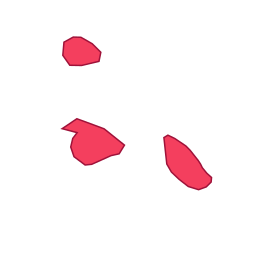 Kumlinge, Albers equal-area conic projection, rotated 121°
{"feature_id": "ALD-4822", "entity_name": "Kumlinge", "entity_type": "state/province", "adm_level": 1, "iso_a3": "ALA", "parent_name": "Aland", "parent_adm1": "", "projection": "albers", "projection_center": [20.759, 60.281], "detail": "fine", "context": "isolated", "style": "filled", "palette": "rose", "viewbox_px": 256, "rotation_deg": 121, "n_neighbors": 0, "source": "natural_earth", "source_scale": "10m", "svg_char_len": 649}
<svg xmlns="http://www.w3.org/2000/svg" viewBox="0 0 256 256"><g transform="rotate(121 128 128)"><path d="M162.5,184.1L146.4,176.6L141.0,148.1L144.5,122.2L154.7,122.3L160.4,128.3L177.8,140.4L181.8,145.7L180.4,159.5L173.8,167.3L165.4,170.0L158.2,169.2L162.5,184.1ZM138.9,76.2L117.7,92.3L113.6,90.1L112.9,82.5L113.1,78.6L113.6,69.1L115.1,63.3L119.7,51.1L121.6,47.2L123.8,43.8L126.2,37.1L127.4,30.9L131.5,28.9L138.2,30.6L144.5,35.7L147.1,46.2L145.7,57.7L143.4,68.1L138.9,76.2ZM85.8,187.2L98.3,200.0L104.2,210.2L99.3,221.3L87.4,227.1L78.3,221.8L74.5,215.1L74.2,202.1L77.1,190.3L85.8,187.2Z" fill="#f43f5e" stroke="#9f1239" stroke-width="1.5"/></g></svg>